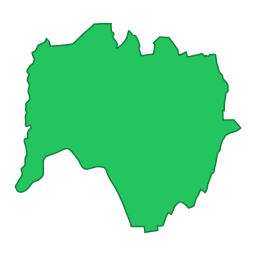 the district of Hoa Thanh, Tây Ninh, Vietnam
{"feature_id": "81297802B16996300923424", "entity_name": "Hoa Thanh", "entity_type": "district", "adm_level": 2, "iso_a3": "VNM", "parent_name": "Vietnam", "parent_adm1": "Tây Ninh", "projection": "natural_earth1", "projection_center": [106.139, 11.258], "detail": "fine", "context": "isolated", "style": "filled", "palette": "green", "viewbox_px": 256, "rotation_deg": 0, "n_neighbors": 0, "source": "geoboundaries", "source_scale": "gbopen_adm2", "svg_char_len": 5667}
<svg xmlns="http://www.w3.org/2000/svg" viewBox="0 0 256 256"><path d="M131.1,226.5L144.2,226.5L145.0,232.4L150.7,231.4L157.0,230.5L157.7,230.3L157.6,226.0L159.3,225.9L160.9,225.9L162.2,225.8L162.6,225.6L163.0,225.2L163.4,224.3L166.0,217.1L167.5,213.8L168.1,213.1L168.7,212.8L169.4,213.0L169.9,213.4L170.8,214.2L171.1,214.4L171.5,213.9L172.1,212.6L173.0,210.4L173.4,209.8L173.5,208.8L174.2,207.2L176.1,204.7L178.5,202.5L179.5,202.0L180.1,201.8L181.4,201.9L183.0,202.9L186.1,205.2L187.7,207.0L188.5,208.0L189.4,207.7L190.9,207.2L191.9,207.0L192.6,206.6L194.3,205.0L194.4,203.6L195.0,202.2L195.5,200.8L195.9,199.0L196.1,198.5L197.5,196.2L198.4,194.8L198.9,193.4L200.1,190.7L201.0,189.3L205.2,192.6L206.1,191.0L206.7,189.8L207.1,188.6L207.4,187.5L207.6,184.8L207.8,184.1L208.3,183.1L208.6,182.1L208.9,181.3L209.5,179.8L210.7,176.4L211.1,175.5L211.4,174.3L211.6,173.8L211.8,173.6L212.5,173.3L213.4,172.6L213.6,172.3L213.8,172.0L214.2,170.4L214.2,169.9L214.8,167.1L215.5,164.2L215.8,162.4L216.1,161.4L216.6,158.7L216.7,157.4L217.3,154.5L217.5,153.8L217.9,153.0L218.6,151.9L219.7,150.5L219.9,150.1L220.2,149.4L220.3,148.8L220.3,147.4L220.5,146.4L220.6,146.1L220.8,145.1L221.9,141.6L222.4,140.5L223.6,138.8L225.4,135.7L225.9,135.2L226.7,134.6L228.6,133.7L229.9,133.0L230.6,132.6L232.8,132.2L234.6,131.6L236.4,130.9L237.6,130.3L238.5,129.6L239.7,128.9L240.4,128.2L240.6,128.0L238.0,124.7L235.3,121.7L233.8,119.9L230.6,120.0L223.9,120.1L223.0,119.5L222.8,112.1L222.8,110.6L224.2,110.6L224.2,108.3L224.5,102.3L224.6,101.6L224.8,100.0L226.1,92.7L227.4,91.9L227.7,91.6L227.9,91.3L228.0,90.6L227.8,85.0L226.6,82.8L223.5,79.2L222.8,78.3L222.8,77.1L222.3,75.4L221.3,74.1L220.0,72.9L219.2,71.5L219.1,70.9L218.6,69.8L218.0,67.2L217.4,65.5L216.6,62.7L216.2,59.3L215.9,57.8L215.7,55.7L215.5,55.1L215.2,54.7L214.0,54.3L212.4,54.6L210.2,54.7L209.7,54.8L208.8,55.8L208.2,56.5L205.9,55.4L205.1,56.6L202.6,54.3L202.1,53.9L201.4,53.7L198.8,54.6L193.8,55.6L189.0,56.8L187.2,56.9L186.6,53.5L186.4,52.4L186.1,52.0L185.9,52.0L185.6,52.2L183.9,53.0L182.9,53.8L182.3,54.0L181.3,54.3L181.2,54.4L180.9,55.0L180.7,55.2L180.4,55.3L180.2,55.1L180.1,54.8L180.0,54.6L179.8,54.5L179.5,54.5L178.4,54.8L177.8,49.8L172.6,42.5L168.9,37.6L159.7,37.0L158.6,38.1L154.4,42.0L153.4,43.0L154.2,43.8L155.1,45.1L155.0,45.9L154.2,49.8L153.5,53.8L152.9,54.1L148.5,54.8L141.6,55.7L141.0,55.3L140.0,51.9L138.8,49.0L138.9,48.5L139.0,48.0L139.6,46.9L139.7,46.4L138.8,42.9L137.4,39.1L136.1,36.7L134.9,35.6L134.0,35.4L133.2,35.3L132.4,35.0L130.3,32.2L128.9,30.8L128.7,30.9L128.1,32.8L127.1,37.0L125.2,40.6L123.3,42.9L121.2,45.2L119.2,46.8L117.7,47.7L117.1,48.0L116.4,48.0L116.0,47.9L116.1,47.6L116.5,47.1L116.7,46.9L116.8,46.5L117.1,45.1L117.2,43.6L114.4,39.4L113.2,37.8L112.6,36.4L112.6,36.1L112.8,35.8L113.9,34.5L113.8,33.5L113.5,32.9L111.9,31.8L111.5,30.9L111.1,29.2L111.0,24.2L111.1,23.7L103.7,23.6L101.2,23.7L97.4,24.0L95.4,24.1L94.2,24.0L92.8,25.4L88.1,29.8L84.0,33.3L76.6,40.4L74.2,42.9L73.5,43.4L72.3,43.9L71.1,44.2L66.6,44.9L59.9,45.6L57.6,45.8L51.0,46.1L50.0,46.1L49.8,43.9L49.3,42.3L48.7,40.9L46.4,38.7L45.5,41.0L44.7,42.1L42.1,43.6L39.6,44.5L39.0,44.8L38.6,45.1L37.9,45.7L37.6,46.5L36.8,48.4L36.1,49.8L35.3,50.8L34.1,51.6L32.2,52.5L32.4,54.0L32.7,55.4L32.9,55.9L34.0,58.1L34.3,59.3L34.2,60.0L33.8,61.7L33.7,62.1L33.6,62.7L33.3,63.2L31.2,64.8L30.1,65.9L28.9,67.4L28.3,68.4L27.4,70.0L27.1,70.8L27.1,71.4L27.1,71.7L27.3,72.1L27.5,72.7L28.0,73.3L28.7,74.0L29.0,74.4L29.0,74.8L28.8,75.6L28.4,76.8L27.8,77.8L27.5,79.2L27.4,79.9L27.5,81.0L27.6,81.4L28.1,82.2L29.0,83.7L29.2,84.4L29.3,85.1L29.3,85.8L29.3,86.4L29.2,86.9L28.9,87.7L28.5,89.1L28.4,91.0L28.3,91.9L28.4,92.3L28.5,93.0L29.4,95.7L29.5,96.3L29.6,97.7L29.5,99.1L29.3,99.6L29.0,100.2L28.6,100.7L28.4,101.0L28.0,101.4L27.1,102.1L26.5,102.8L25.9,103.8L25.9,104.3L25.9,104.9L25.9,105.9L26.0,106.6L26.0,107.3L25.8,108.1L25.7,109.8L25.9,110.9L26.5,112.0L26.6,112.4L26.5,113.2L26.2,113.7L26.0,114.3L25.6,115.9L25.5,116.5L25.5,117.2L25.4,117.9L25.5,118.5L25.5,119.3L25.6,120.2L25.7,120.9L25.8,121.6L25.7,122.4L25.4,123.6L25.4,124.0L25.6,125.2L26.0,126.0L26.3,126.3L26.7,126.4L27.1,126.4L28.1,126.0L29.3,125.0L29.5,124.9L29.7,125.0L30.0,125.2L30.3,125.6L30.6,126.1L30.9,126.9L31.0,127.6L31.0,128.0L30.9,128.3L30.5,128.6L29.6,129.3L28.8,130.1L28.3,130.9L27.9,131.7L27.6,132.8L27.5,133.6L27.4,134.3L27.5,135.1L27.6,135.8L27.7,136.5L27.8,137.3L27.7,137.7L27.6,137.9L27.4,138.1L25.7,138.8L25.0,139.0L24.5,139.3L24.4,139.7L24.3,140.1L24.3,140.7L24.4,141.7L24.5,142.5L24.8,143.2L25.2,144.3L25.5,145.3L25.9,146.9L26.7,151.1L26.9,152.7L27.0,153.7L26.8,155.0L26.7,155.5L25.8,156.5L25.6,156.9L25.3,157.7L25.2,158.7L25.0,160.9L25.1,161.7L25.1,164.2L25.0,164.8L24.9,165.1L24.5,165.7L23.9,166.4L21.6,168.4L21.4,168.8L21.2,169.1L21.2,169.5L21.2,169.9L22.2,172.8L22.3,173.3L22.2,174.1L22.1,174.9L21.7,175.7L20.5,178.0L19.3,179.5L19.0,180.1L18.7,180.7L17.5,183.1L16.1,185.1L15.4,186.1L15.6,187.0L16.2,188.6L17.4,190.7L18.8,191.7L20.2,192.1L21.5,192.0L22.9,191.7L24.1,191.2L25.3,190.6L26.9,189.4L28.5,187.8L30.1,185.7L32.3,183.0L33.3,182.0L35.6,181.1L37.6,180.3L38.9,179.5L41.0,178.0L42.6,176.0L43.1,174.8L43.3,173.6L43.3,171.9L43.3,162.5L43.3,160.6L44.3,158.6L45.2,157.4L46.3,156.5L47.9,155.7L51.9,154.2L55.3,153.0L57.3,152.3L62.2,149.9L65.0,148.8L66.9,148.5L68.5,148.8L69.9,149.8L71.5,151.3L73.2,153.4L75.1,155.6L78.2,159.7L79.3,161.5L81.5,166.0L83.0,167.9L85.0,168.9L86.8,169.1L87.9,169.0L90.1,168.4L96.8,166.6L100.2,166.7L102.9,167.1L104.6,167.9L105.8,169.4L106.5,170.8L107.0,172.4L109.1,177.4L110.8,180.4L113.0,184.0L115.2,187.4L119.6,196.2L121.6,200.6L123.1,203.9L125.1,209.0L126.6,213.3L129.9,221.4L131.0,225.2L131.1,226.5Z" fill="#22c55e" stroke="#15803d" stroke-width="1.5"/></svg>